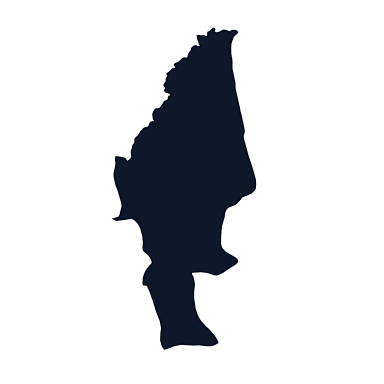 San Pedro Jocopilas, Quiché, Guatemala, rotated 76°
{"feature_id": "79465075B58420470493896", "entity_name": "San Pedro Jocopilas", "entity_type": "district", "adm_level": 2, "iso_a3": "GTM", "parent_name": "Guatemala", "parent_adm1": "Quiché", "projection": "natural_earth1", "projection_center": [-91.208, 15.163], "detail": "fine", "context": "isolated", "style": "filled", "palette": "ink", "viewbox_px": 384, "rotation_deg": 76, "n_neighbors": 0, "source": "geoboundaries", "source_scale": "gbopen_adm2", "svg_char_len": 4109}
<svg xmlns="http://www.w3.org/2000/svg" viewBox="0 0 384 384"><g transform="rotate(76 192 192)"><path d="M337.7,256.6L337.6,255.2L337.2,251.6L337.0,249.9L336.7,247.7L336.8,239.9L340.7,227.3L341.7,222.2L344.4,215.1L345.5,210.9L345.5,208.0L344.4,203.5L342.7,203.6L337.1,205.3L333.6,207.2L329.6,209.1L326.4,211.4L320.1,214.8L315.0,216.5L311.8,217.0L308.0,217.3L306.2,217.4L304.9,217.3L294.8,216.2L288.9,214.7L282.8,212.4L279.5,211.9L274.6,211.8L271.5,212.8L270.7,212.6L269.9,211.8L269.8,210.9L271.2,202.7L273.5,196.7L275.0,194.2L277.3,190.6L278.2,188.1L278.2,186.4L277.1,181.3L275.6,177.3L273.9,172.2L272.7,168.5L272.0,167.0L271.3,165.6L269.9,164.7L268.0,164.8L266.8,165.8L266.3,166.3L258.8,174.1L254.3,176.6L251.9,177.1L248.5,177.0L240.8,174.8L232.3,171.9L228.0,169.5L224.5,167.3L218.9,164.9L216.4,162.6L215.4,160.6L214.2,153.0L212.3,149.4L208.8,144.9L207.5,136.3L207.3,135.0L204.8,130.7L203.9,130.0L200.0,128.6L195.9,127.8L189.4,127.8L187.4,127.9L179.9,128.3L171.4,129.0L152.1,129.4L149.6,128.9L148.6,128.3L147.6,127.7L146.2,126.9L143.5,126.5L130.1,126.0L125.5,126.1L120.8,125.8L102.1,125.4L96.1,124.1L82.0,123.6L76.1,122.1L72.9,121.5L67.5,121.2L60.9,119.7L57.2,118.4L53.7,116.2L50.9,114.3L48.4,109.4L47.5,109.4L46.7,109.9L46.2,110.6L45.8,111.2L45.6,111.8L45.3,113.0L45.2,114.0L45.3,114.7L45.7,116.0L45.9,116.9L45.5,117.6L44.9,118.2L44.3,119.0L44.1,119.5L43.8,120.1L43.4,120.6L43.0,121.3L42.8,122.1L42.8,122.7L42.9,123.2L42.9,123.7L43.2,124.6L43.5,125.5L43.7,126.4L43.7,128.7L43.7,129.6L43.6,130.2L43.1,130.9L42.3,131.6L41.4,131.8L40.7,131.6L40.1,131.1L39.6,130.7L38.9,130.8L38.5,131.5L38.5,132.1L39.0,133.0L39.5,133.7L39.7,134.3L40.4,135.0L40.7,135.6L40.6,136.3L40.9,137.6L41.5,138.1L42.0,138.3L42.8,138.5L43.7,138.6L44.2,138.7L44.6,139.3L44.8,140.1L44.6,141.0L44.2,141.8L43.8,142.2L43.2,142.6L42.9,143.4L42.9,143.9L43.1,144.7L43.0,145.8L42.4,146.5L42.0,147.1L41.8,148.0L41.8,149.0L45.1,149.3L46.7,149.0L48.1,148.8L48.9,149.0L49.7,149.0L50.3,148.9L50.8,148.6L51.6,148.2L52.2,148.2L52.6,148.6L52.8,149.4L52.8,151.1L52.4,151.7L52.0,152.1L51.5,152.4L51.1,152.9L51.1,154.3L51.3,155.4L52.4,157.3L53.6,158.0L54.8,158.5L55.8,159.6L56.3,160.8L58.5,162.3L60.4,163.2L60.8,163.9L61.1,165.1L60.8,166.1L60.3,166.8L60.3,167.9L60.5,169.1L62.6,172.5L63.0,172.5L63.4,176.5L63.7,177.5L64.3,178.2L65.0,178.4L65.7,177.7L66.5,177.4L67.2,177.4L67.7,177.6L68.1,178.2L68.1,178.9L67.9,180.9L70.4,185.1L70.8,186.4L71.2,187.3L71.8,187.6L72.7,187.3L73.2,187.2L73.7,187.2L74.4,187.8L74.7,188.4L76.1,189.5L77.5,189.8L78.9,190.3L80.0,191.7L81.3,192.9L82.2,193.3L83.4,192.6L84.7,192.0L85.4,192.2L85.8,192.8L86.6,193.9L87.4,193.8L88.2,193.3L89.0,192.5L89.4,191.8L89.7,190.8L90.8,189.7L91.7,189.0L92.9,188.9L93.3,189.2L93.7,190.2L93.8,191.3L95.1,192.0L96.3,192.5L96.8,193.0L97.1,193.6L97.7,196.8L99.3,198.3L102.9,202.5L103.2,203.3L103.2,204.4L103.1,205.6L102.9,206.3L102.9,207.0L103.0,207.6L105.1,209.7L106.2,210.5L107.3,211.1L112.0,211.6L112.8,211.2L113.9,210.9L114.6,211.2L114.8,211.7L114.8,212.4L114.5,213.0L114.4,213.7L114.4,214.5L115.0,215.5L116.0,216.7L116.9,217.2L118.1,217.9L118.4,218.3L118.5,218.8L118.5,222.3L118.9,223.6L119.4,224.4L120.1,225.2L121.4,227.4L123.1,228.8L124.3,230.1L125.6,232.6L126.3,233.8L127.3,234.6L128.6,234.7L129.9,235.2L130.7,235.7L132.2,237.6L133.7,238.4L135.1,239.0L137.1,240.4L138.9,241.2L142.9,241.7L144.5,242.4L146.5,245.7L146.8,247.1L146.3,248.1L143.7,248.8L143.1,249.3L140.2,255.1L139.6,257.3L141.6,258.1L145.2,258.5L148.5,259.6L154.8,262.8L157.8,263.6L166.7,263.9L173.1,263.1L186.0,262.6L189.2,263.1L194.1,265.8L197.2,267.3L198.6,269.0L199.0,270.0L199.1,274.6L201.1,272.4L202.2,262.6L202.6,256.6L205.0,254.3L208.9,251.8L214.7,250.3L223.2,250.2L226.9,250.8L229.2,251.1L234.1,252.8L236.2,253.1L237.2,252.8L238.2,252.3L239.8,251.0L242.6,249.2L245.6,247.9L249.2,247.3L250.3,247.4L251.8,247.9L255.8,253.9L259.3,257.1L263.4,259.7L268.7,261.4L270.2,261.4L271.1,259.0L271.3,258.3L271.7,258.0L272.8,257.6L274.3,257.4L278.5,256.6L287.2,255.8L289.0,255.7L299.3,255.1L308.1,254.0L309.5,253.8L317.0,254.2L320.9,255.9L328.4,258.1L334.7,257.9L337.7,256.6Z" fill="#0f172a" stroke="#020617" stroke-width="1.5"/></g></svg>